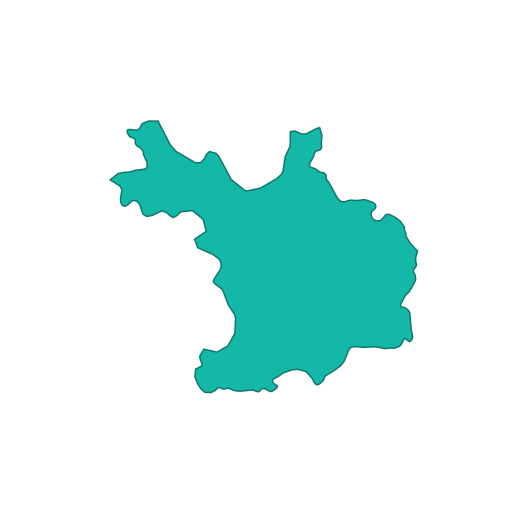 outline of Gard, rotated 33°
{"feature_id": "FRA-5293", "entity_name": "Gard", "entity_type": "Metropolitan department", "adm_level": 1, "iso_a3": "FRA", "parent_name": "France", "parent_adm1": "", "projection": "natural_earth1", "projection_center": [4.221, 43.959], "detail": "fine", "context": "isolated", "style": "filled", "palette": "teal", "viewbox_px": 512, "rotation_deg": 33, "n_neighbors": 0, "source": "natural_earth", "source_scale": "10m", "svg_char_len": 3987}
<svg xmlns="http://www.w3.org/2000/svg" viewBox="0 0 512 512"><g transform="rotate(33 256 256)"><path d="M287.0,398.3L281.6,397.2L276.7,395.0L270.5,390.5L267.0,383.8L270.5,377.5L270.2,376.5L264.3,372.0L263.2,369.8L263.1,362.5L275.6,357.9L281.4,346.7L280.4,332.4L272.5,318.9L269.6,316.6L259.3,312.0L246.2,302.4L236.2,301.6L234.0,300.6L233.4,297.6L233.5,287.4L232.4,283.6L230.3,280.7L227.1,278.7L219.0,278.2L202.6,280.8L195.4,275.3L200.9,262.4L191.7,254.1L177.9,252.5L169.0,259.8L167.3,266.0L165.6,268.8L162.7,269.1L157.4,268.2L152.5,269.5L146.4,279.1L142.6,282.4L138.0,282.3L130.9,276.4L126.6,274.9L122.8,276.1L121.4,279.2L120.7,282.8L118.9,285.8L116.2,286.4L113.6,284.8L111.3,282.1L107.5,273.4L103.8,271.4L92.2,271.6L95.6,261.7L97.4,260.2L99.7,257.8L103.7,254.9L105.2,253.4L107.8,250.2L114.9,244.1L115.1,243.9L115.5,243.4L116.1,241.9L115.9,240.1L114.4,237.8L112.8,236.3L107.3,232.8L104.2,229.8L102.3,228.8L100.4,228.4L96.3,228.5L94.5,227.9L92.9,226.6L91.8,224.6L90.2,223.7L88.3,223.9L86.3,224.6L84.3,224.5L82.5,223.6L80.8,222.4L79.8,221.1L79.9,219.6L82.1,218.1L86.5,216.0L88.3,214.4L88.9,212.0L88.5,208.1L88.9,206.2L92.4,201.4L100.3,196.2L123.6,209.5L132.0,211.8L154.2,210.9L158.8,207.9L159.7,202.3L159.1,197.4L160.2,193.7L166.6,191.7L170.9,192.8L193.6,205.4L210.5,207.1L212.7,206.7L222.7,196.7L231.1,180.1L232.9,173.7L232.2,169.5L226.4,156.8L225.1,147.3L224.2,144.2L217.1,133.0L220.7,129.9L227.9,128.8L231.6,126.3L237.4,116.1L239.4,113.7L245.6,118.9L248.9,125.2L251.9,129.2L252.2,131.5L251.2,133.1L249.8,134.5L248.8,137.2L250.0,140.7L250.7,149.8L251.9,151.5L253.7,151.9L257.8,150.5L259.8,150.5L261.8,150.9L263.8,150.8L267.8,149.3L270.1,149.7L271.2,150.6L272.4,152.5L274.3,153.8L276.8,154.5L292.3,162.9L294.8,163.7L297.2,163.9L299.2,163.3L300.9,162.1L303.5,159.0L305.0,157.6L310.9,154.2L315.9,149.9L317.8,149.1L324.7,147.4L327.7,147.6L329.4,148.9L330.0,150.6L329.7,152.5L329.1,154.3L329.0,156.4L329.8,158.4L332.4,160.8L334.8,161.4L337.4,161.1L339.5,159.9L340.9,158.4L341.7,156.7L342.0,154.9L342.2,151.3L343.3,149.6L345.5,148.4L352.3,147.8L357.9,148.2L364.7,151.0L365.7,152.1L366.1,153.0L366.7,153.7L368.5,154.8L369.3,155.5L370.4,157.0L371.2,157.7L372.5,158.5L378.6,161.4L388.8,163.9L390.9,170.7L393.2,173.8L395.1,175.7L395.7,176.9L395.9,178.0L395.7,179.4L395.7,181.6L396.1,182.9L396.9,183.8L399.8,185.4L401.7,187.4L402.6,188.7L403.1,189.9L403.9,198.5L403.9,200.8L403.6,204.3L403.3,205.4L403.0,206.3L402.8,207.3L402.7,208.6L403.7,217.4L404.3,218.9L405.1,219.7L405.9,219.6L407.5,218.7L408.5,218.4L409.6,218.2L412.1,218.4L413.3,218.6L414.9,219.2L416.0,220.1L426.6,233.6L431.0,237.9L431.8,239.3L432.2,240.6L432.2,241.7L432.0,242.7L431.7,243.5L431.5,243.9L431.3,244.1L431.2,244.1L430.7,244.3L430.0,244.3L428.8,244.2L428.5,244.1L428.4,244.1L427.4,243.9L426.6,243.9L425.7,244.1L425.6,244.4L425.5,245.1L425.5,246.8L426.0,251.1L425.8,252.2L425.5,253.3L425.1,254.3L423.9,255.9L422.5,257.6L421.1,258.8L418.3,260.3L416.9,261.5L416.3,262.1L414.9,263.3L407.3,266.3L404.5,267.8L396.0,274.1L389.3,277.5L386.6,279.6L385.2,281.1L385.0,283.4L385.3,286.6L385.7,288.6L386.1,289.5L387.1,295.7L387.2,297.7L387.0,299.5L386.5,302.7L383.6,310.2L379.8,318.0L379.5,319.2L379.5,320.2L379.7,321.2L380.0,322.0L380.1,323.4L379.9,325.2L378.9,328.6L378.0,330.1L377.1,330.9L376.5,331.0L375.5,330.9L374.5,330.7L373.4,330.3L371.7,329.1L369.8,328.1L362.8,326.1L361.6,325.8L360.4,325.9L359.4,326.1L353.4,328.0L348.3,331.7L342.5,339.3L341.6,341.3L340.7,344.0L340.0,345.5L338.0,349.1L337.5,350.3L337.6,351.2L338.0,352.0L338.8,352.6L339.8,353.0L341.0,353.3L342.2,353.4L344.4,353.2L345.1,354.0L345.2,355.6L343.9,359.2L342.9,360.9L341.8,361.9L340.7,362.1L336.9,362.3L335.5,362.6L333.8,363.5L333.1,364.5L332.8,365.7L332.6,367.6L331.9,368.5L331.0,369.1L326.8,370.0L325.9,370.4L316.7,377.7L313.2,379.8L310.4,380.9L305.3,381.7L303.5,383.1L301.9,384.8L300.1,385.8L298.2,385.8L297.0,386.4L296.5,386.6L296.3,386.7L296.2,386.9L295.8,388.1L295.1,390.8L292.8,395.0L287.0,398.3Z" fill="#14b8a6" stroke="#0f766e" stroke-width="1.5"/></g></svg>